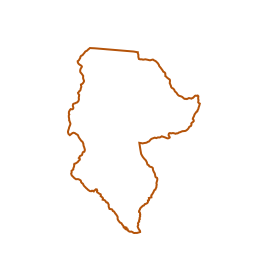 outline of Conquista D'Oeste, Mato Grosso, Brazil, rotated 138°
{"feature_id": "56859067B92775034957558", "entity_name": "Conquista D'Oeste", "entity_type": "district", "adm_level": 2, "iso_a3": "BRA", "parent_name": "Brazil", "parent_adm1": "Mato Grosso", "projection": "albers", "projection_center": [-59.304, -14.62], "detail": "fine", "context": "isolated", "style": "outline", "palette": "amber", "viewbox_px": 256, "rotation_deg": 138, "n_neighbors": 0, "source": "geoboundaries", "source_scale": "gbopen_adm2", "svg_char_len": 5822}
<svg xmlns="http://www.w3.org/2000/svg" viewBox="0 0 256 256"><g transform="rotate(138 128 128)"><path d="M135.6,99.9L133.1,103.9L129.5,109.4L128.1,107.7L127.5,106.8L125.9,105.9L125.3,105.5L124.6,105.0L123.7,104.6L122.6,104.5L121.7,104.0L120.9,104.0L118.6,104.3L117.5,104.1L116.5,103.7L115.5,103.3L114.5,102.9L113.8,101.6L111.9,100.9L111.4,100.3L110.7,99.7L109.5,99.4L108.4,99.2L108.1,98.5L107.5,97.6L106.6,95.9L106.2,95.0L105.8,94.2L105.3,93.6L104.6,93.2L103.4,93.0L102.9,93.9L102.9,95.0L102.5,95.7L101.3,96.5L100.2,96.2L99.6,95.2L98.0,94.2L97.4,93.4L96.4,91.8L95.6,91.6L95.0,91.0L94.3,90.7L93.3,90.6L91.8,89.9L90.4,89.5L89.2,88.9L88.7,88.4L88.1,88.0L87.4,87.5L86.4,87.2L85.1,87.1L83.4,87.2L82.7,87.5L81.9,87.8L80.9,87.7L79.9,87.4L78.7,87.9L78.0,89.0L77.0,89.2L75.9,89.0L75.1,89.1L74.4,89.2L73.8,90.4L73.8,91.4L72.4,92.2L71.5,92.4L70.4,93.0L69.6,93.5L68.9,93.7L68.0,93.8L67.1,94.2L66.1,94.0L65.3,94.0L64.8,94.6L63.9,94.7L63.2,95.0L62.4,95.5L61.8,96.0L60.9,96.4L59.3,97.4L58.3,98.1L58.6,98.9L58.7,100.0L57.8,100.9L56.9,101.6L56.5,102.5L55.7,103.4L54.5,104.5L54.5,105.5L55.3,105.8L55.9,106.7L56.7,107.1L57.5,107.0L58.7,107.0L59.6,106.9L60.3,107.3L61.1,107.3L62.0,108.6L62.7,109.5L63.8,109.8L64.9,110.1L65.4,111.0L66.1,111.3L66.6,112.1L66.8,113.8L66.9,114.8L67.5,116.2L68.4,117.6L68.7,118.5L68.7,120.1L68.5,120.9L68.4,121.9L68.6,123.4L68.5,124.5L68.0,125.6L68.1,127.3L68.5,128.2L68.6,128.9L68.4,129.8L67.8,130.8L67.5,131.9L67.2,132.6L67.0,133.4L66.4,133.9L65.3,134.9L64.8,135.6L64.6,136.2L64.9,137.3L65.1,138.4L65.3,139.7L65.3,140.6L65.5,141.7L64.9,142.1L64.5,142.8L63.7,143.7L63.6,144.7L63.8,145.5L64.1,146.4L63.8,147.4L63.7,148.4L63.4,151.3L63.4,152.8L63.1,153.7L62.8,154.3L62.7,155.2L62.5,155.9L62.6,158.1L62.7,159.2L63.5,161.2L63.7,162.2L64.6,162.7L65.4,163.1L66.3,163.5L66.9,164.3L67.5,165.2L69.1,167.4L71.1,168.7L71.7,169.7L73.1,171.0L73.7,172.0L73.2,173.0L72.7,174.0L71.9,174.8L71.1,175.8L70.8,176.9L70.0,177.7L72.7,181.1L99.2,209.3L102.8,212.9L103.8,212.9L105.1,213.0L106.4,212.9L107.2,213.0L108.0,213.3L108.7,213.4L109.7,213.1L111.8,212.8L112.6,212.6L113.6,212.7L114.4,213.0L115.1,212.9L116.0,212.6L116.8,211.9L117.8,211.7L118.8,211.3L119.7,211.2L120.7,211.3L121.4,210.3L121.7,209.3L121.7,208.2L121.5,207.2L121.2,206.3L121.0,205.4L121.1,204.6L121.9,204.1L123.0,203.9L124.0,203.5L125.0,202.8L125.6,202.1L126.0,201.5L126.1,200.5L126.1,199.6L126.3,197.6L126.5,196.6L127.1,196.1L128.0,195.1L128.5,194.1L128.8,193.3L129.1,192.5L129.8,191.9L130.8,191.7L131.7,191.4L132.9,191.5L133.9,191.8L134.5,191.0L134.8,190.2L135.6,189.5L136.7,189.0L137.6,188.2L138.6,187.8L139.5,188.0L140.4,187.7L141.6,187.6L142.0,186.8L142.1,185.3L143.1,184.4L144.0,183.8L144.6,183.2L145.1,182.3L145.8,181.8L146.9,181.2L148.6,181.0L149.4,181.4L150.7,181.7L151.4,182.1L152.6,182.5L153.5,182.0L154.2,181.4L154.9,179.8L155.6,179.2L156.4,179.0L157.1,179.3L158.0,180.4L159.3,180.2L161.1,179.5L162.2,178.4L162.6,177.3L163.4,177.1L164.0,176.5L164.7,175.7L165.1,174.9L165.9,173.8L166.7,173.0L166.8,172.1L167.2,171.5L167.5,170.5L168.0,169.6L169.1,168.9L170.0,168.5L171.6,167.7L172.3,167.1L173.3,166.6L174.6,165.8L175.3,165.2L175.7,164.5L176.2,163.3L176.0,161.6L172.6,161.4L171.6,160.9L170.9,159.7L170.5,158.0L170.0,156.5L170.3,155.3L170.7,154.3L171.0,152.8L171.1,151.5L171.3,150.1L171.3,149.2L171.0,148.5L171.3,147.4L171.7,146.2L172.4,145.3L173.0,144.3L173.4,143.1L173.9,142.1L174.4,141.0L175.3,140.1L176.4,139.6L177.1,140.1L177.9,140.1L178.9,139.6L179.9,138.9L180.5,138.7L181.3,138.9L182.0,139.2L182.8,139.2L183.5,138.8L184.6,138.6L184.4,137.5L185.0,136.7L185.9,136.7L186.9,136.6L187.7,136.4L188.8,136.4L189.9,136.6L191.0,136.8L191.8,137.3L192.6,136.8L193.2,136.0L194.0,135.4L194.8,135.0L195.8,134.5L196.4,133.8L197.6,133.9L198.7,133.9L199.2,133.2L199.9,132.5L200.8,132.1L201.5,130.5L201.5,129.2L201.4,128.2L201.4,126.9L201.2,125.9L200.9,124.7L200.1,124.1L199.4,123.5L199.0,122.9L198.6,122.0L198.3,120.7L198.6,119.8L199.1,119.0L199.1,117.9L198.8,116.8L199.1,115.8L199.4,114.7L199.4,113.5L199.3,112.3L199.3,111.2L199.1,110.1L199.1,108.9L198.5,106.6L197.6,105.6L196.7,105.5L196.3,104.8L195.9,103.8L195.0,104.1L194.1,103.9L193.0,104.0L192.3,103.3L192.7,102.1L193.6,101.6L193.9,100.7L193.5,99.7L193.3,98.4L192.7,97.1L193.1,96.2L193.9,95.7L193.5,93.5L193.6,92.5L194.2,92.2L194.8,91.7L194.1,90.8L193.6,89.7L193.6,88.7L193.8,88.0L193.8,87.0L193.2,86.5L193.2,85.5L193.5,84.6L193.7,83.8L194.7,82.9L195.2,82.0L195.6,81.0L195.9,80.2L194.4,78.4L194.4,77.5L194.8,76.5L194.3,75.4L194.4,74.3L194.7,72.7L194.6,71.7L194.9,70.5L195.0,69.3L195.5,68.5L196.1,67.9L196.8,66.9L197.1,65.5L197.1,64.4L197.3,63.4L196.9,62.5L196.6,61.4L196.9,60.5L197.0,58.3L197.4,57.7L197.7,57.0L196.6,56.4L196.1,55.5L197.3,55.6L197.5,54.8L197.2,53.9L196.4,53.9L196.0,52.9L196.7,52.1L196.3,50.1L195.7,49.4L194.8,48.8L194.2,47.4L194.1,46.5L193.6,45.8L191.4,43.9L188.6,42.6L188.1,43.2L187.8,44.0L187.8,45.1L187.1,47.6L186.6,48.5L185.5,48.9L184.8,49.6L184.5,50.4L183.5,50.9L182.4,50.9L181.7,51.8L180.9,52.3L180.1,52.4L179.8,53.3L178.9,53.8L177.8,54.4L177.5,55.3L176.7,55.6L175.7,57.4L176.0,58.1L175.5,58.8L174.7,59.2L173.7,59.4L173.1,59.9L172.4,60.1L171.6,60.2L170.5,60.2L169.1,60.3L168.1,59.8L167.2,60.0L166.5,60.2L165.8,59.8L165.1,59.6L164.1,59.3L163.2,59.4L162.3,60.0L161.7,60.8L160.9,60.3L160.1,60.7L159.3,62.0L158.5,61.5L157.7,61.2L157.0,60.8L156.3,61.7L155.7,62.4L154.9,62.4L154.2,62.6L153.3,62.9L152.1,63.2L151.5,63.6L149.8,64.2L148.9,63.9L147.9,64.5L146.9,64.8L146.3,65.2L145.7,65.9L144.6,66.6L144.1,67.6L143.5,68.2L142.4,68.9L141.4,69.5L140.6,70.2L140.1,70.8L139.8,71.6L140.2,72.3L140.3,73.2L139.8,74.2L139.2,75.1L138.6,76.2L138.3,77.2L138.2,78.0L137.6,79.8L137.1,80.7L136.4,81.5L136.4,82.3L136.6,83.1L137.2,84.0L137.8,85.2L137.5,86.6L138.0,87.7L137.7,88.5L137.2,89.4L136.8,90.4L136.4,92.1L136.5,94.4L136.4,95.7L136.3,96.9L135.6,99.9Z" fill="none" stroke="#b45309" stroke-width="2"/></g></svg>